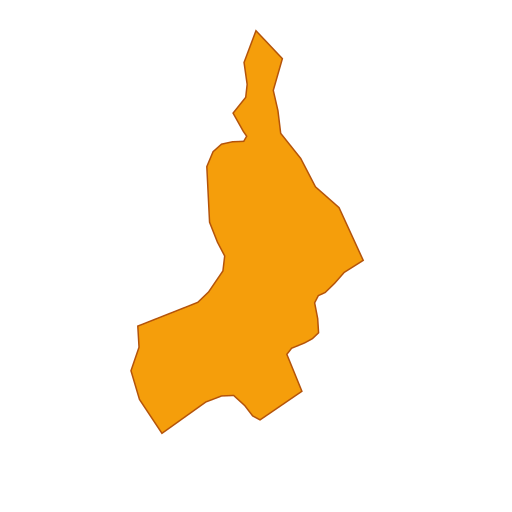 outline of Zrece, rotated 27°
{"feature_id": "SVN-1007", "entity_name": "Zrece", "entity_type": "Municipality", "adm_level": 1, "iso_a3": "SVN", "parent_name": "Slovenia", "parent_adm1": "", "projection": "orthographic", "projection_center": [15.368, 46.408], "detail": "fine", "context": "isolated", "style": "filled", "palette": "amber", "viewbox_px": 512, "rotation_deg": 27, "n_neighbors": 0, "source": "natural_earth", "source_scale": "10m", "svg_char_len": 767}
<svg xmlns="http://www.w3.org/2000/svg" viewBox="0 0 512 512"><g transform="rotate(27 256 256)"><path d="M182.5,372.1L225.2,323.7L230.1,309.5L233.3,284.3L228.1,270.2L215.4,261.2L199.3,247.0L171.6,198.7L170.4,182.5L174.5,172.0L183.2,164.9L193.0,159.4L193.3,153.5L188.1,150.7L170.7,139.1L174.8,119.3L170.2,107.1L157.5,89.0L153.7,55.3L189.9,68.2L196.2,100.6L209.6,116.6L222.3,135.5L251.6,148.8L277.6,167.4L308.0,175.2L353.5,211.2L342.0,230.6L338.5,244.4L334.2,257.1L329.5,263.0L329.5,271.1L339.4,283.8L346.6,296.0L343.8,304.0L338.8,311.3L329.6,322.0L328.1,329.6L358.3,355.7L334.0,400.2L325.6,400.0L313.9,394.4L299.4,390.4L288.9,396.3L277.6,408.8L252.7,456.7L217.3,436.7L196.7,415.0L193.2,390.4L182.5,372.1Z" fill="#f59e0b" stroke="#b45309" stroke-width="1.5"/></g></svg>